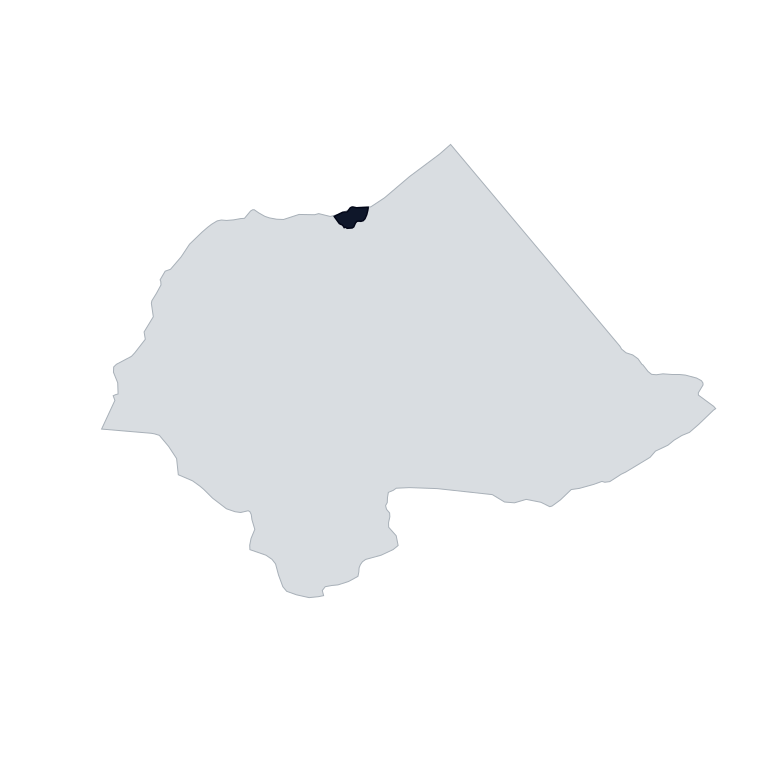 location of Busia within Uganda, rotated 230°
{"feature_id": "UGA-3118", "entity_name": "Busia", "entity_type": "District", "adm_level": 1, "iso_a3": "UGA", "parent_name": "Uganda", "parent_adm1": "", "projection": "mercator", "projection_center": [34.003, 0.388], "detail": "fine", "context": "in_parent", "style": "filled", "palette": "ink", "viewbox_px": 768, "rotation_deg": 230, "n_neighbors": 0, "source": "natural_earth", "source_scale": "10m", "svg_char_len": 2777}
<svg xmlns="http://www.w3.org/2000/svg" viewBox="0 0 768 768"><g transform="rotate(230 384 384)"><path d="M524.7,589.0L515.3,589.0L500.0,589.0L484.7,589.0L469.4,589.0L454.0,589.0L438.7,589.0L423.4,589.0L408.1,589.0L392.8,589.0L377.5,589.0L362.1,589.0L346.8,589.0L331.5,589.0L316.2,589.0L300.9,589.0L285.6,589.0L270.2,589.0L261.2,589.0L259.4,588.7L258.1,588.4L252.3,589.5L246.4,593.2L240.0,594.8L233.2,594.2L232.3,594.6L228.9,594.5L223.9,594.3L219.4,595.2L216.0,598.6L212.5,604.2L206.2,610.7L201.3,616.5L197.1,620.6L187.6,627.3L182.4,629.3L179.8,629.0L178.2,627.8L175.2,619.1L173.4,617.7L154.8,622.2L151.9,622.2L152.2,619.6L150.8,599.3L150.6,586.9L153.1,579.1L154.5,570.1L154.6,562.2L158.1,548.8L156.8,540.7L161.2,512.4L162.4,507.8L164.1,494.2L166.8,490.0L169.3,488.3L172.4,479.9L178.5,466.5L182.8,459.6L181.8,444.6L182.5,434.3L183.5,432.1L192.5,428.2L204.2,418.8L209.1,407.6L216.1,400.5L229.6,395.9L269.6,357.6L288.2,337.0L296.3,326.4L296.6,322.7L298.2,317.7L294.9,313.8L291.1,310.3L289.8,307.0L286.4,305.4L281.6,305.4L278.5,303.1L274.9,298.4L271.3,295.5L259.9,295.8L251.2,291.0L251.3,284.6L254.7,271.8L261.4,257.2L261.7,253.2L260.8,249.8L259.2,246.8L256.2,243.9L253.4,240.4L255.5,229.9L259.7,219.6L263.2,214.5L266.5,208.7L265.5,204.0L260.7,201.7L263.2,197.1L268.5,189.3L278.7,181.5L287.7,176.2L293.7,176.2L305.4,180.4L315.9,185.3L321.7,185.5L328.8,183.5L343.3,174.8L346.8,177.5L351.1,182.8L355.7,191.6L364.9,195.6L369.3,198.4L372.4,199.2L374.2,198.5L377.7,191.6L381.9,187.8L389.7,183.1L406.8,179.3L419.1,178.2L424.2,177.3L432.9,175.1L446.7,168.1L460.2,177.2L474.8,178.9L489.1,178.9L493.4,176.1L495.9,174.0L510.8,159.0L531.0,138.7L544.4,167.3L549.1,169.0L548.4,171.4L547.3,173.9L556.1,180.8L566.9,184.3L570.8,187.9L571.1,191.7L567.5,208.4L568.1,213.2L571.7,229.9L578.1,233.7L583.8,250.5L595.4,257.7L597.0,259.7L599.7,267.9L603.2,276.8L606.0,278.9L607.7,279.4L611.1,288.9L609.1,294.2L611.8,310.4L616.1,324.9L617.3,342.2L617.4,349.8L617.2,354.5L616.2,361.0L614.2,364.8L610.5,368.5L606.4,374.3L602.8,380.6L600.6,383.6L602.3,393.0L601.9,395.4L600.9,396.6L595.7,398.0L589.0,400.5L584.9,403.0L579.2,407.7L574.6,412.8L568.5,427.9L558.3,439.6L556.5,443.5L546.9,450.5L542.7,459.1L540.0,469.7L536.3,477.3L528.2,487.7L526.3,504.1L526.5,536.9L524.4,574.3L524.7,589.0Z" fill="#d9dde1" stroke="#a8b0b8" stroke-width="1"/><path d="M544.4,453.6L542.3,462.1L542.1,462.8L541.5,463.7L540.0,465.5L539.6,466.3L539.7,467.8L540.6,471.0L540.4,472.7L539.7,473.9L536.6,476.3L529.6,485.5L528.9,484.9L527.5,483.3L524.8,479.6L522.8,475.6L522.5,473.0L523.5,470.8L525.0,469.4L526.0,467.8L525.7,465.7L523.8,461.8L524.0,459.9L527.0,455.8L528.6,455.5L529.4,454.0L531.0,454.3L532.7,454.3L534.1,453.5L535.6,452.9L544.0,453.5L544.4,453.6L544.4,453.6Z" fill="#0f172a" stroke="#020617" stroke-width="1.5"/></g></svg>